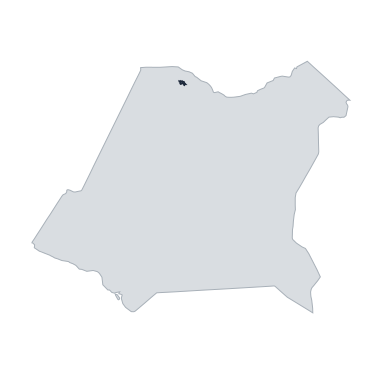 Mumias West, Western, Kenya shown in context, rotated 87°
{"feature_id": "3690345B19078543384145", "entity_name": "Mumias West", "entity_type": "district", "adm_level": 2, "iso_a3": "KEN", "parent_name": "Kenya", "parent_adm1": "Western", "projection": "orthographic", "projection_center": [34.444, 0.279], "detail": "fine", "context": "in_parent", "style": "filled", "palette": "slate", "viewbox_px": 384, "rotation_deg": 87, "n_neighbors": 0, "source": "geoboundaries", "source_scale": "gbopen_adm2", "svg_char_len": 3926}
<svg xmlns="http://www.w3.org/2000/svg" viewBox="0 0 384 384"><g transform="rotate(87 192 192)"><path d="M65.1,236.8L65.0,231.4L65.8,217.5L65.7,205.3L66.4,199.2L69.4,195.4L70.8,192.6L71.8,188.6L73.4,185.4L76.9,182.8L77.6,181.4L81.4,177.1L83.6,171.5L85.3,169.6L87.5,167.8L89.0,166.9L91.4,166.0L93.4,165.4L93.7,165.0L93.9,164.1L93.3,160.6L94.1,159.5L95.4,157.2L96.9,155.0L98.3,153.7L99.1,152.3L99.4,149.8L99.5,148.1L99.5,145.3L99.0,138.9L97.4,133.5L96.4,127.5L97.2,125.5L95.9,122.0L95.3,121.8L94.2,121.1L92.9,117.8L91.9,114.7L91.3,114.0L87.0,111.3L84.9,105.1L82.5,103.7L81.2,97.5L81.0,95.8L82.3,89.6L82.2,88.2L80.8,86.9L76.8,85.5L73.5,83.0L73.9,82.1L74.2,81.2L72.5,80.6L67.5,70.0L73.9,63.7L80.4,57.2L88.6,49.1L96.2,41.6L102.8,35.2L108.6,29.5L108.5,30.6L108.5,32.0L109.3,32.9L110.5,33.5L112.1,32.9L113.6,32.0L115.0,31.8L123.8,34.2L125.3,36.3L125.2,38.5L125.6,40.1L124.9,41.8L124.2,46.7L124.4,51.3L127.1,54.6L129.4,57.3L131.3,60.9L132.7,62.1L134.6,62.7L140.6,62.8L149.6,63.1L158.2,63.3L159.0,63.4L160.8,63.9L168.8,68.9L176.1,73.5L182.2,77.5L188.2,81.3L194.0,85.1L198.5,88.2L202.9,89.2L210.1,89.6L215.1,89.7L219.7,91.1L226.6,92.3L231.7,92.9L234.8,93.6L243.3,94.3L244.7,93.9L248.5,90.4L252.7,84.8L254.3,81.7L259.7,78.6L269.3,74.3L276.0,71.3L283.5,68.3L286.9,70.9L291.6,75.1L293.8,77.2L295.5,78.1L298.0,78.8L301.1,78.8L302.8,78.7L306.3,78.1L314.3,77.6L319.0,77.7L315.1,83.3L310.5,90.0L302.0,102.4L295.5,109.0L290.6,113.9L290.1,114.8L290.2,120.3L290.3,133.8L290.5,160.7L290.6,187.6L290.8,214.5L290.8,228.0L290.8,232.5L295.1,238.2L299.4,243.7L305.0,251.0L308.0,255.0L308.5,256.3L308.3,258.9L303.7,264.4L299.9,266.9L294.8,268.1L293.2,267.8L291.2,267.1L290.4,268.4L289.8,270.4L288.7,270.0L287.9,269.4L288.4,273.0L288.9,274.8L288.1,277.3L285.6,279.4L285.4,281.2L280.0,285.9L272.4,286.4L268.4,288.7L266.6,290.6L265.2,294.8L265.7,301.2L263.5,306.1L263.1,308.6L259.2,311.8L257.4,314.7L256.1,317.7L255.0,319.0L253.6,325.6L251.7,329.7L251.2,331.0L250.8,332.3L249.3,334.6L248.4,336.3L247.7,337.3L243.0,347.7L239.4,352.4L236.5,351.9L234.6,353.7L234.4,354.5L233.4,354.1L231.1,352.3L226.2,348.8L221.4,345.3L216.5,341.8L211.6,338.3L206.8,334.7L201.9,331.2L197.0,327.7L192.2,324.2L189.3,322.1L188.0,320.9L187.1,318.5L186.6,317.9L185.3,317.1L183.7,316.9L183.3,316.5L183.3,315.3L183.9,313.6L185.7,310.4L185.9,308.5L185.5,306.3L185.0,302.8L184.5,302.1L181.3,300.2L174.5,296.4L167.7,292.6L160.9,288.9L154.1,285.1L147.3,281.3L140.5,277.5L133.7,273.7L126.9,269.9L120.1,266.1L113.3,262.3L106.5,258.5L99.7,254.7L92.9,250.9L86.0,247.1L79.2,243.3L72.4,239.4L69.9,238.0L67.6,236.8L65.1,236.8ZM291.2,273.7L290.0,274.0L290.6,272.1L294.1,269.8L295.5,270.3L295.8,270.9L295.7,271.3L295.1,271.8L291.2,273.7Z" fill="#d9dde1" stroke="#a8b0b8" stroke-width="1"/><path d="M83.7,195.0L83.8,194.9L83.9,194.7L84.0,194.6L84.1,194.4L84.3,194.3L84.5,194.4L84.8,194.4L84.9,194.2L84.7,194.2L84.6,193.9L84.4,193.8L84.2,193.8L84.2,193.7L84.2,192.7L84.1,192.8L83.9,192.9L83.9,193.0L83.8,192.9L83.7,192.9L83.6,193.0L83.6,193.3L83.6,193.5L83.4,193.6L83.2,193.5L82.9,193.7L82.8,193.8L82.7,193.8L82.4,193.9L82.3,194.0L82.2,194.0L81.9,194.1L81.7,194.1L81.5,194.3L81.4,194.4L81.4,194.5L81.4,194.8L81.5,194.8L81.6,195.0L81.5,195.3L81.4,195.4L81.5,195.5L81.4,195.6L81.2,195.7L80.9,195.8L80.7,195.9L80.7,196.0L80.8,196.2L80.8,196.3L81.0,196.4L81.0,196.5L80.9,196.7L80.9,196.8L80.9,197.0L81.0,197.1L80.9,197.2L80.9,197.3L80.7,197.4L80.5,197.5L80.7,197.8L80.7,198.0L80.7,198.3L80.7,198.5L80.6,198.8L80.5,199.0L80.8,199.0L80.9,198.9L81.0,198.8L81.2,198.7L81.3,198.7L81.4,198.4L81.5,198.3L81.7,198.2L81.8,198.1L82.0,198.0L82.0,197.9L82.3,197.8L82.5,197.9L82.5,198.0L82.8,198.2L83.0,198.2L83.3,198.0L83.3,197.9L83.5,197.8L83.7,197.7L83.7,197.4L83.5,197.2L83.4,197.0L83.4,196.9L83.2,196.8L83.2,196.7L82.9,196.4L82.8,196.2L82.9,195.9L83.0,195.9L83.0,195.7L83.2,195.4L83.3,195.3L83.3,195.2L83.5,195.0L83.5,194.9L83.6,195.0L83.7,195.0Z" fill="#64748b" stroke="#1e293b" stroke-width="1.5"/></g></svg>